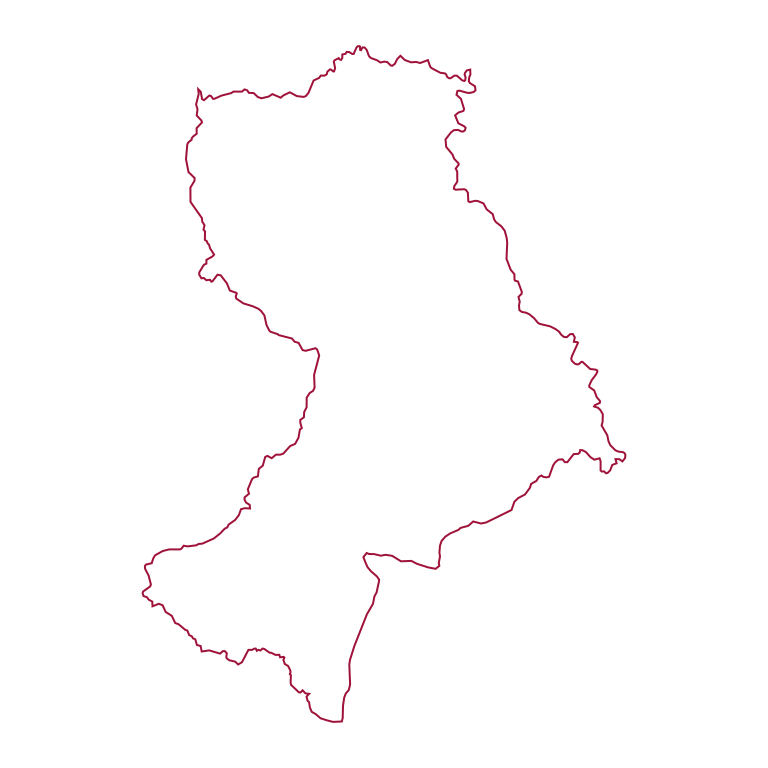 Muzo, Boyacá, Colombia (Mercator projection)
{"feature_id": "7082276B18925314356411", "entity_name": "Muzo", "entity_type": "district", "adm_level": 2, "iso_a3": "COL", "parent_name": "Colombia", "parent_adm1": "Boyacá", "projection": "mercator", "projection_center": [-74.135, 5.519], "detail": "fine", "context": "isolated", "style": "outline", "palette": "rose", "viewbox_px": 768, "rotation_deg": 0, "n_neighbors": 0, "source": "geoboundaries", "source_scale": "gbopen_adm2", "svg_char_len": 6020}
<svg xmlns="http://www.w3.org/2000/svg" viewBox="0 0 768 768"><path d="M625.4,454.8L624.4,453.0L622.9,452.1L618.3,451.6L615.4,450.3L610.3,445.2L608.5,441.3L607.3,435.3L601.6,425.5L602.6,421.9L602.8,414.2L600.4,410.1L598.1,407.8L594.1,406.5L594.8,405.2L599.8,402.9L600.1,401.2L596.7,397.1L594.2,390.4L589.4,387.1L589.2,385.5L591.7,380.2L596.2,374.2L597.3,371.8L597.2,370.4L595.6,369.6L590.2,369.0L582.5,361.9L581.3,361.9L578.8,364.2L577.0,364.4L574.7,363.6L571.9,360.8L571.2,358.8L572.0,356.0L578.0,342.8L577.3,342.1L573.9,341.8L574.8,337.3L572.8,334.0L570.1,334.2L566.8,337.2L563.9,336.9L561.3,334.8L558.9,331.5L555.4,329.0L550.0,326.3L539.8,323.9L537.9,322.8L534.1,318.2L529.4,314.3L526.1,312.7L521.8,311.9L519.4,310.1L519.0,305.4L519.7,301.7L518.5,296.9L521.6,293.8L521.8,291.9L518.0,281.5L515.1,280.7L514.5,279.7L514.4,274.2L510.7,269.8L506.5,258.9L507.2,242.9L506.7,238.0L504.7,230.7L501.3,226.3L495.8,222.0L494.1,219.3L492.7,214.1L486.7,209.4L483.5,203.4L477.9,201.1L475.3,200.8L469.7,202.1L468.3,201.2L467.9,192.7L466.0,190.0L464.2,189.2L455.7,189.7L453.9,188.8L454.3,186.1L457.3,181.7L457.2,171.5L455.7,168.6L458.7,164.6L458.6,163.5L454.1,158.7L452.5,154.5L446.2,146.9L445.5,139.5L450.9,132.5L453.8,130.2L458.0,129.9L461.7,131.6L463.5,131.4L465.0,130.1L465.6,127.8L464.3,126.4L458.4,123.3L455.1,115.4L458.3,112.6L463.4,110.9L464.1,109.1L460.9,98.8L456.5,94.8L457.4,91.0L459.3,90.6L467.6,92.9L470.0,92.9L473.7,92.0L475.5,90.3L475.0,86.3L469.8,83.0L468.8,81.1L469.2,77.4L470.4,74.5L470.2,69.6L466.7,70.5L465.0,72.9L464.6,74.6L465.6,77.5L465.2,80.2L464.4,81.0L462.3,80.4L456.9,75.7L454.4,75.6L450.7,78.2L449.2,78.3L447.2,77.0L446.2,74.5L445.0,73.4L440.4,72.8L431.7,68.2L430.3,66.9L427.9,60.1L420.2,63.0L416.2,62.0L411.0,62.3L404.8,60.0L400.4,55.8L397.2,59.1L394.8,63.9L392.2,65.8L390.8,65.5L387.3,62.1L384.2,61.6L380.4,62.5L377.3,60.4L370.7,57.9L368.9,56.0L366.7,49.9L364.6,47.5L362.5,47.4L361.0,50.2L360.1,49.9L360.0,46.5L359.3,46.1L357.7,46.3L356.5,47.5L353.6,54.0L352.1,53.9L349.1,52.0L346.7,51.9L345.5,53.8L342.3,54.5L342.3,57.9L341.1,59.9L339.3,59.3L338.7,58.1L334.7,60.2L333.8,61.5L335.1,68.2L334.1,71.4L333.4,71.5L330.7,69.4L329.8,69.5L327.4,71.7L326.8,74.1L325.8,74.9L324.5,75.6L320.8,75.6L319.1,77.9L313.6,80.5L308.5,92.8L305.8,96.1L303.7,96.9L296.9,96.1L289.8,92.3L283.4,95.4L280.7,97.7L272.4,94.1L268.8,96.5L261.4,98.3L257.8,97.0L253.7,93.1L248.8,92.8L247.3,90.4L244.5,89.4L242.0,91.6L233.5,91.6L231.2,93.1L221.5,95.6L214.4,98.8L213.0,98.8L211.1,96.1L209.4,95.5L204.0,100.2L202.1,99.1L200.7,91.7L198.2,89.2L198.7,94.0L196.1,104.4L197.5,109.3L196.7,115.5L201.4,120.5L202.0,122.4L196.6,128.2L196.7,133.7L193.0,136.6L191.7,138.3L191.6,139.8L188.5,142.2L187.3,144.3L186.0,159.2L188.5,172.1L194.6,178.0L194.5,180.8L190.4,187.6L190.5,201.9L201.9,218.1L202.3,221.7L204.5,225.2L203.5,229.7L205.0,231.3L204.9,239.9L206.8,241.2L207.7,243.5L209.0,244.6L210.1,248.4L214.1,254.6L212.4,256.5L206.4,259.9L206.4,263.6L203.8,264.9L199.3,272.3L199.2,274.6L201.4,278.3L203.8,278.0L206.3,280.2L210.1,279.8L211.3,281.7L212.5,281.3L217.5,274.7L220.7,275.3L226.9,283.3L229.8,290.5L236.4,292.9L236.8,293.6L235.7,296.4L236.3,298.6L243.4,303.4L252.9,306.3L258.4,308.8L261.0,310.9L264.4,315.4L266.5,325.0L269.3,330.6L270.6,331.8L277.6,334.1L278.7,335.1L292.0,338.5L294.6,341.7L298.6,342.9L302.6,350.1L305.7,350.8L315.5,348.2L317.2,349.6L319.2,355.5L314.1,374.9L314.6,387.6L313.1,390.8L309.7,393.0L306.7,397.6L306.6,407.3L304.2,412.0L303.9,417.3L300.3,419.9L300.3,422.7L301.8,428.1L299.9,429.5L298.5,437.7L295.1,443.9L290.2,446.0L283.3,453.6L280.2,454.7L275.9,454.7L271.7,458.2L267.4,455.9L265.2,457.0L262.8,465.6L258.8,468.9L257.9,476.4L253.7,477.6L252.0,479.2L247.8,489.4L249.0,493.7L244.6,497.4L244.5,499.5L246.0,502.5L249.7,504.9L250.0,508.5L244.8,508.2L241.0,509.2L238.9,515.1L235.1,520.0L228.6,524.6L227.3,527.4L224.7,528.7L220.1,533.5L213.8,538.5L202.4,543.6L198.5,544.0L196.3,545.3L187.5,546.4L183.7,545.7L181.4,548.7L180.0,549.4L169.2,549.4L162.8,551.0L155.1,555.3L153.3,558.3L151.7,563.2L146.0,564.6L144.9,566.0L145.1,568.8L148.6,575.5L150.9,584.4L150.2,586.4L143.1,591.5L142.6,593.3L143.6,596.1L146.8,597.1L148.8,599.7L152.3,601.6L152.5,606.3L158.8,603.8L162.6,605.2L165.7,612.0L171.8,615.8L175.2,623.0L178.5,624.2L185.2,629.8L187.3,630.5L189.2,635.1L191.7,636.2L193.2,638.5L195.3,639.3L196.9,645.0L200.6,646.0L201.7,651.5L209.3,650.4L220.0,653.6L222.9,651.1L224.9,651.1L226.8,653.3L226.3,657.2L226.9,658.5L229.2,660.2L235.3,661.7L238.1,664.5L242.0,662.2L248.4,649.9L252.0,649.9L254.7,648.5L255.9,648.7L256.8,650.8L258.5,649.8L260.5,650.5L262.4,648.6L264.2,648.9L269.6,652.7L271.3,652.8L275.4,654.9L279.3,654.8L280.1,657.3L283.7,656.9L284.4,657.6L283.4,659.9L284.8,664.0L288.1,666.0L290.3,670.4L290.5,672.5L289.8,674.1L290.9,675.1L290.6,682.9L291.1,684.9L298.9,692.3L300.5,692.5L302.6,690.3L305.5,693.4L309.1,693.8L306.5,696.7L307.5,700.6L309.1,702.2L309.9,707.5L311.7,711.8L315.7,714.1L320.6,718.3L326.5,720.2L333.0,721.9L341.8,721.5L342.7,718.0L343.0,705.8L344.2,697.6L345.8,693.5L348.8,690.0L350.1,684.5L349.3,664.5L350.0,659.8L354.4,645.9L366.9,614.3L373.0,603.8L374.4,596.5L376.6,592.4L379.0,581.3L379.1,579.6L376.9,576.4L371.0,571.3L367.5,567.1L365.0,561.4L363.4,557.1L366.7,553.0L369.0,554.0L374.1,554.1L380.9,555.7L385.6,554.8L392.1,555.8L401.0,561.3L411.4,560.9L416.9,563.8L428.2,567.4L435.6,568.8L439.3,565.9L438.8,562.9L440.0,556.5L439.4,552.6L440.0,545.6L441.6,540.9L445.4,536.6L450.2,533.4L458.4,529.9L460.6,527.9L468.3,525.8L473.2,521.5L481.0,523.5L486.1,522.5L511.5,510.0L514.4,501.7L518.3,498.0L525.0,494.5L530.0,487.7L531.1,483.9L536.4,480.9L538.8,477.0L541.4,475.5L543.4,476.9L546.6,477.4L549.1,476.7L553.1,465.5L555.1,462.4L558.3,459.7L562.5,459.3L564.8,462.1L567.3,462.2L573.7,454.1L578.4,453.8L579.7,452.5L580.2,450.1L582.2,450.1L586.1,452.2L590.4,457.1L594.3,459.7L599.6,458.3L600.6,461.3L600.6,470.5L601.7,471.5L604.1,471.4L606.1,473.3L607.6,472.9L610.1,470.5L612.3,464.9L616.6,463.3L615.5,459.1L619.4,459.2L622.4,461.4L625.1,458.0L625.4,454.8Z" fill="none" stroke="#9f1239" stroke-width="2"/></svg>